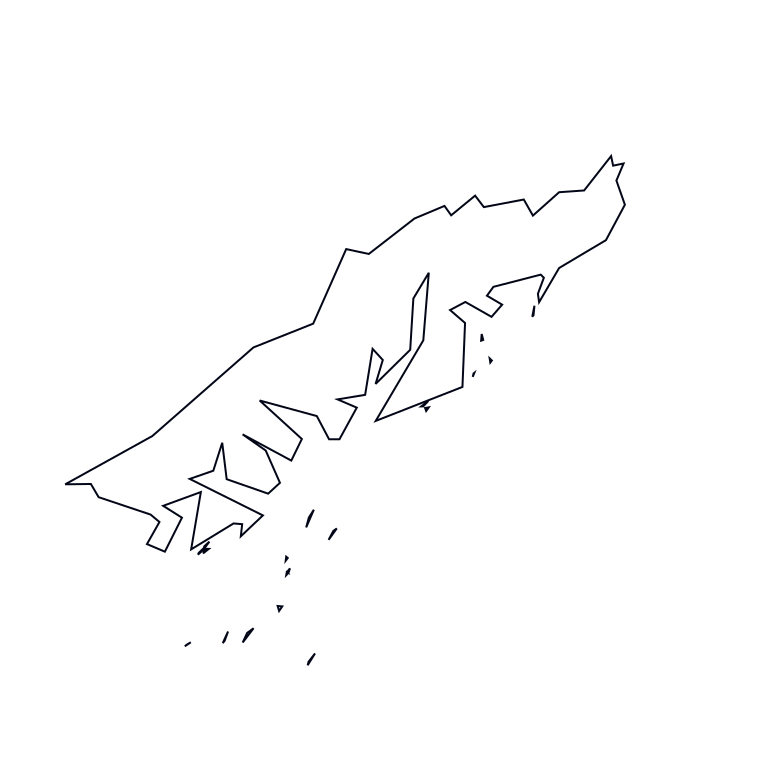 Reykhólahreppur, Vestfirðir, Iceland (Robinson projection), rotated 316°
{"feature_id": "244011B19971250001035", "entity_name": "Reykhólahreppur", "entity_type": "district", "adm_level": 2, "iso_a3": "ISL", "parent_name": "Iceland", "parent_adm1": "Vestfirðir", "projection": "robinson", "projection_center": [-22.458, 65.5], "detail": "medium", "context": "isolated", "style": "outline", "palette": "ink", "viewbox_px": 768, "rotation_deg": 316, "n_neighbors": 0, "source": "geoboundaries", "source_scale": "gbopen_adm2", "svg_char_len": 1974}
<svg xmlns="http://www.w3.org/2000/svg" viewBox="0 0 768 768"><g transform="rotate(316 384 384)"><path d="M709.5,391.8L700.5,386.1L705.7,377.8L662.4,383.8L643.2,367.7L608.1,366.3L612.7,348.4L578.7,326.1L580.4,311.8L549.5,309.3L551.2,297.9L520.8,286.1L463.4,279.9L450.5,260.7L375.0,291.4L315.5,267.0L181.2,260.5L85.0,234.7L103.7,252.3L100.1,267.2L125.4,315.8L126.6,327.3L102.3,334.5L109.9,352.4L145.8,339.8L140.5,318.2L177.2,334.5L130.4,369.0L178.9,379.8L184.6,386.3L175.2,394.1L205.6,394.4L178.3,317.3L201.0,327.8L226.8,313.9L204.7,343.2L224.5,382.4L240.5,382.8L252.7,349.7L247.3,322.0L264.1,374.7L286.7,366.5L283.1,309.5L313.4,360.4L306.1,385.6L313.6,392.8L348.0,382.1L339.9,362.8L362.9,378.7L400.2,350.8L399.8,365.9L378.0,378.1L426.6,377.6L464.5,342.9L493.5,335.1L442.6,379.9L352.4,404.8L438.4,440.6L484.7,396.4L482.9,376.7L499.5,381.5L508.0,410.4L524.1,409.0L519.4,392.0L530.2,390.1L572.7,414.2L572.8,418.6L557.4,426.0L552.4,432.9L590.6,422.2L643.6,434.7L681.8,422.4L692.5,399.1L709.5,391.8ZM120.5,469.1L112.7,468.0L102.8,471.8L120.5,469.1ZM228.4,433.1L246.2,425.7L237.1,427.9L228.4,433.1ZM156.3,473.3L153.3,469.8L150.9,474.4L156.3,473.3ZM486.0,421.2L489.0,415.9L484.0,420.3L486.0,421.2ZM400.0,431.9L396.9,429.8L395.6,432.7L400.0,431.9ZM148.9,376.1L142.2,375.9L140.5,376.7L140.6,377.3L138.8,376.8L133.4,376.8L131.7,377.5L138.5,377.8L148.9,376.1ZM143.4,380.9L141.3,378.8L136.2,380.2L143.4,380.9ZM404.1,427.0L395.2,426.0L396.6,427.3L404.1,427.0ZM61.1,434.5L58.5,434.3L65.6,435.6L61.1,434.5ZM477.9,442.0L477.8,439.0L475.4,442.4L477.9,442.0ZM147.2,529.9L136.8,531.4L133.7,533.3L147.2,529.9ZM539.3,438.4L546.6,432.2L537.4,438.6L539.3,438.4ZM193.9,442.3L193.7,440.3L190.6,442.8L193.9,442.3ZM249.7,455.1L245.5,454.5L235.9,457.6L249.7,455.1ZM184.1,453.5L188.3,451.3L184.2,451.8L183.9,452.9L183.5,451.7L180.9,453.6L184.1,453.5ZM91.0,458.0L99.9,453.7L88.0,458.4L91.0,458.0ZM455.8,438.6L452.8,440.5L456.8,438.7L455.8,438.6Z" fill="none" stroke="#020617" stroke-width="2"/></g></svg>